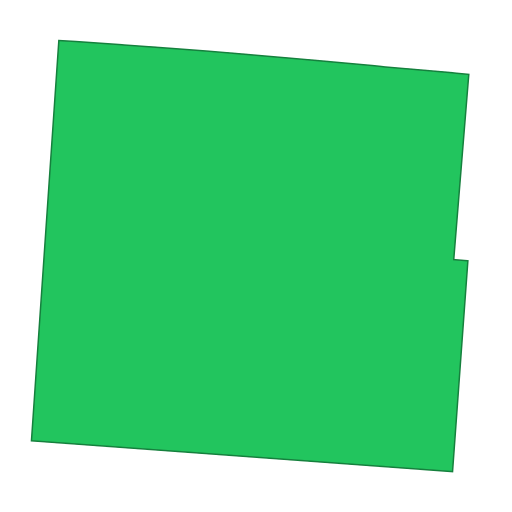 Taylor, Iowa, United States of America (orthographic projection), rotated 184°
{"feature_id": "52423323B56193221879017", "entity_name": "Taylor", "entity_type": "district", "adm_level": 2, "iso_a3": "USA", "parent_name": "United States of America", "parent_adm1": "Iowa", "projection": "orthographic", "projection_center": [-94.694, 40.736], "detail": "fine", "context": "isolated", "style": "filled", "palette": "green", "viewbox_px": 512, "rotation_deg": 184, "n_neighbors": 0, "source": "geoboundaries", "source_scale": "gbopen_adm2", "svg_char_len": 451}
<svg xmlns="http://www.w3.org/2000/svg" viewBox="0 0 512 512"><g transform="rotate(184 256 256)"><path d="M467.7,457.2L467.1,56.0L44.9,54.6L44.3,266.0L58.5,266.2L56.4,452.0L68.9,452.3L73.2,452.5L140.9,453.6L144.4,453.8L152.5,454.1L187.0,454.8L240.2,455.8L241.8,455.8L271.8,456.3L318.6,457.0L353.9,457.2L402.0,457.3L402.3,457.3L405.5,457.4L406.7,457.4L409.6,457.4L451.0,457.4L467.7,457.2Z" fill="#22c55e" stroke="#15803d" stroke-width="1.5"/></g></svg>